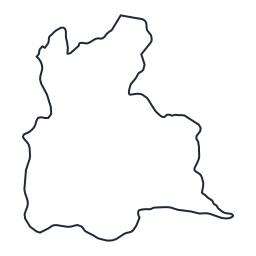 the State of Táchira
{"feature_id": "VEN-28", "entity_name": "Táchira", "entity_type": "State", "adm_level": 1, "iso_a3": "VEN", "parent_name": "Venezuela", "parent_adm1": "", "projection": "albers", "projection_center": [-71.957, 7.987], "detail": "fine", "context": "isolated", "style": "outline", "palette": "slate", "viewbox_px": 256, "rotation_deg": 0, "n_neighbors": 0, "source": "natural_earth", "source_scale": "10m", "svg_char_len": 3044}
<svg xmlns="http://www.w3.org/2000/svg" viewBox="0 0 256 256"><path d="M48.3,118.0L51.2,113.9L50.8,106.9L47.0,94.6L41.1,83.4L40.1,79.4L40.3,76.4L41.9,70.5L42.3,67.6L41.8,64.6L40.6,61.5L38.8,58.8L36.7,56.7L37.7,55.5L38.8,54.0L39.2,52.0L39.2,50.9L39.5,50.0L39.9,49.2L41.6,47.1L42.1,46.6L42.8,46.4L44.2,47.6L45.0,47.7L47.8,43.7L48.3,42.9L48.5,42.0L48.7,41.0L49.0,37.7L49.3,36.9L49.8,36.3L50.3,35.7L51.4,34.9L54.8,31.4L57.0,29.9L60.7,27.9L61.4,27.7L62.4,27.6L63.9,27.9L64.9,28.8L65.7,30.5L65.9,31.9L65.9,36.7L66.2,38.7L67.0,41.7L67.9,48.1L67.4,52.6L67.6,53.7L68.8,53.6L70.4,53.2L78.8,45.7L78.9,44.3L79.4,43.7L80.0,43.0L81.3,42.8L86.7,43.4L87.7,43.3L90.2,42.1L94.4,39.5L95.5,39.0L96.6,38.6L97.7,38.4L101.1,38.6L102.2,38.5L103.3,37.8L104.7,36.7L106.5,34.0L109.6,31.4L110.5,31.0L110.9,30.7L112.0,29.7L120.7,15.4L142.4,19.2L143.5,19.8L144.9,20.8L145.6,21.7L146.1,22.7L146.3,23.7L146.8,29.1L147.1,30.0L147.5,30.8L150.7,34.8L150.9,35.3L151.1,35.6L151.7,38.9L151.5,41.1L150.5,42.8L141.3,54.3L144.6,64.5L143.3,69.7L142.6,70.5L141.6,71.5L138.9,72.9L138.0,74.1L135.7,78.3L131.1,83.8L130.5,85.0L129.4,89.0L128.9,92.0L128.9,92.7L129.0,93.4L129.2,94.0L130.1,94.7L137.5,93.7L141.0,94.1L142.8,94.9L146.5,97.6L147.3,98.3L155.0,110.4L156.5,112.2L160.7,116.0L162.4,116.9L163.8,117.1L164.6,116.7L165.3,116.2L166.0,115.6L166.7,114.9L167.9,114.7L169.9,114.8L171.6,115.5L172.7,115.5L174.6,115.0L175.8,114.8L178.3,115.1L179.7,115.1L184.3,115.4L198.8,124.7L200.5,127.6L200.6,128.5L200.2,131.1L196.7,135.8L196.3,138.3L196.6,139.2L198.1,141.5L198.9,146.5L199.2,156.4L198.9,158.5L197.5,162.1L194.6,168.0L194.4,169.3L194.6,170.3L195.2,171.0L195.9,171.6L199.0,173.5L199.6,174.0L200.1,174.4L200.9,175.4L201.9,177.5L203.2,182.6L203.2,185.9L201.9,192.5L202.8,193.5L203.9,194.3L204.9,194.8L205.8,195.6L206.8,196.7L208.2,197.9L212.0,200.4L213.0,202.1L213.8,203.9L216.3,205.4L217.2,206.6L218.0,208.2L222.2,211.6L224.2,212.7L226.5,213.3L231.0,213.8L232.4,214.6L233.0,215.5L233.0,216.0L232.6,216.5L231.4,217.3L230.0,217.9L228.3,218.3L226.9,218.4L225.3,218.4L221.3,217.8L210.0,213.9L208.1,213.5L206.1,213.2L200.0,213.5L198.7,213.4L191.1,211.5L177.9,209.8L170.3,207.4L166.0,207.1L154.3,207.6L152.5,208.2L151.1,209.0L149.0,209.3L146.5,209.1L141.8,209.5L139.8,210.0L138.8,210.5L138.4,211.3L138.2,212.2L138.1,213.2L138.2,214.3L138.8,216.0L139.2,216.9L139.5,217.7L136.2,225.9L133.2,230.2L132.1,231.1L131.1,231.8L130.1,232.1L126.2,233.0L124.3,233.8L116.8,238.7L115.0,239.5L112.6,240.3L108.9,240.6L106.7,240.5L98.5,238.5L96.9,237.7L93.9,235.7L86.5,231.9L85.0,230.9L84.4,230.2L82.4,227.3L80.7,226.1L77.1,225.0L70.3,226.7L67.2,226.8L57.3,225.2L55.2,225.1L53.6,225.3L52.7,225.6L51.1,226.5L48.2,228.5L40.0,232.6L36.6,231.5L30.1,226.7L25.2,218.7L24.6,214.5L25.7,210.8L27.2,207.1L27.9,203.2L27.3,199.7L24.9,192.6L24.4,189.0L26.0,170.0L29.6,159.0L30.1,155.9L29.6,148.0L28.8,144.9L27.6,142.9L23.8,138.5L23.0,136.9L23.6,134.8L25.3,133.7L27.3,132.9L29.2,132.0L31.9,129.8L34.0,127.4L35.4,124.6L36.3,121.0L38.1,117.8L41.4,117.3L45.2,118.0L48.3,118.0Z" fill="none" stroke="#1e293b" stroke-width="2"/></svg>